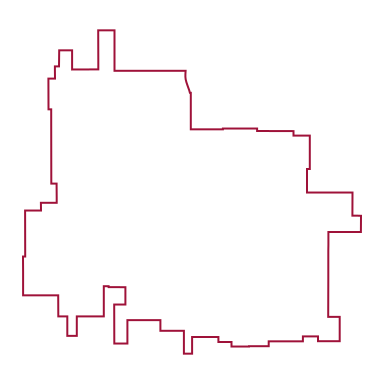 outline of Cue, Western Australia, Australia
{"feature_id": "25037944B79165272170091", "entity_name": "Cue", "entity_type": "district", "adm_level": 2, "iso_a3": "AUS", "parent_name": "Australia", "parent_adm1": "Western Australia", "projection": "equal_earth", "projection_center": [117.893, -27.226], "detail": "fine", "context": "isolated", "style": "outline", "palette": "rose", "viewbox_px": 384, "rotation_deg": 0, "n_neighbors": 0, "source": "geoboundaries", "source_scale": "gbopen_adm2", "svg_char_len": 1984}
<svg xmlns="http://www.w3.org/2000/svg" viewBox="0 0 384 384"><path d="M40.9,202.8L41.0,210.5L25.1,210.5L25.2,256.5L23.0,256.5L23.1,272.6L23.1,291.1L23.1,295.3L38.0,295.3L45.9,295.3L58.2,295.3L58.3,316.4L59.1,316.4L67.3,316.4L67.3,335.9L76.8,335.9L76.8,316.4L80.6,316.4L83.4,316.4L86.2,316.4L89.9,316.4L93.6,316.4L95.5,316.4L100.1,316.4L103.8,316.4L103.8,304.5L103.8,303.8L103.8,286.2L108.6,286.2L108.6,287.1L125.4,287.2L125.4,302.7L125.4,303.5L125.4,304.5L119.3,304.5L116.3,304.5L114.2,304.5L114.3,343.5L127.4,343.5L127.4,320.1L136.5,320.1L139.5,320.1L147.1,320.1L153.0,320.1L153.8,320.1L160.4,320.1L160.4,330.8L173.7,330.8L183.9,330.8L183.9,334.8L183.9,339.2L183.9,353.7L192.1,353.7L192.1,337.0L213.2,337.0L214.2,337.0L218.4,337.0L218.4,342.0L225.3,342.0L231.5,342.0L231.5,345.5L231.5,346.5L233.0,346.5L249.0,346.5L249.0,346.2L268.7,346.2L268.7,341.3L275.8,341.3L291.6,341.3L302.9,341.3L302.9,336.4L311.7,336.4L318.0,336.4L318.0,341.2L339.7,341.2L339.7,316.9L328.2,316.9L328.3,279.3L328.3,250.8L328.4,244.9L328.4,232.0L360.9,232.0L361.0,215.8L358.1,215.7L355.3,215.7L352.4,215.7L352.5,192.5L350.5,192.5L343.4,192.5L335.3,192.5L333.3,192.5L317.1,192.5L307.0,192.5L307.0,169.0L309.8,169.0L309.8,162.8L309.8,153.6L309.8,135.6L293.5,135.6L293.5,131.1L257.1,131.0L257.1,128.5L240.1,128.5L236.2,128.5L234.1,128.5L222.9,128.5L222.9,129.3L220.6,129.3L214.7,129.3L195.9,129.3L194.7,129.3L191.7,129.3L190.8,129.3L190.8,92.8L189.9,92.8L189.2,90.2L188.0,86.9L187.3,84.9L186.4,82.2L185.7,79.5L185.5,77.8L185.4,76.8L185.4,76.6L185.4,75.5L185.4,74.3L185.6,70.8L174.9,70.8L170.9,70.8L153.0,70.8L143.1,70.8L127.3,70.8L114.5,70.8L114.5,64.8L114.5,48.0L114.5,30.3L98.2,30.3L98.3,59.1L98.3,69.4L72.1,69.5L72.1,50.3L71.9,50.3L71.2,50.3L69.3,50.3L59.9,50.3L59.2,50.3L59.0,66.4L54.9,66.4L54.9,69.9L55.0,78.6L48.4,78.6L48.5,109.3L51.2,109.3L51.2,121.8L51.2,122.9L51.3,183.6L54.9,183.6L56.6,183.6L56.6,185.6L56.7,197.5L56.7,202.8L47.4,202.8L40.9,202.8Z" fill="none" stroke="#9f1239" stroke-width="2"/></svg>